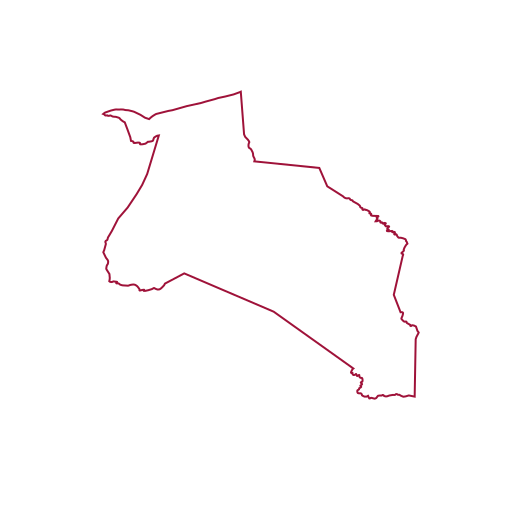 San Francisco del Valle, Ocotepeque, Honduras, rotated 70°
{"feature_id": "27666195B97087706022026", "entity_name": "San Francisco del Valle", "entity_type": "district", "adm_level": 2, "iso_a3": "HND", "parent_name": "Honduras", "parent_adm1": "Ocotepeque", "projection": "equal_earth", "projection_center": [-88.98, 14.422], "detail": "fine", "context": "isolated", "style": "outline", "palette": "rose", "viewbox_px": 512, "rotation_deg": 70, "n_neighbors": 0, "source": "geoboundaries", "source_scale": "gbopen_adm2", "svg_char_len": 6087}
<svg xmlns="http://www.w3.org/2000/svg" viewBox="0 0 512 512"><g transform="rotate(70 256 256)"><path d="M96.4,214.1L96.5,215.2L96.5,221.8L95.6,230.5L94.6,237.5L94.5,241.0L93.7,250.3L93.4,255.4L91.5,269.6L90.4,284.7L89.7,288.7L88.4,301.2L88.6,302.6L89.2,305.4L90.0,307.8L90.8,309.6L88.1,313.0L83.8,316.3L78.8,321.2L77.8,322.5L75.4,326.1L74.2,328.8L73.0,330.6L72.4,332.0L71.2,335.5L70.5,337.2L70.2,338.3L70.0,339.8L69.7,342.6L69.6,348.7L69.8,349.5L70.3,351.0L70.4,350.9L70.5,350.4L70.7,350.2L71.8,349.9L72.4,349.5L73.1,347.5L73.6,347.2L73.8,346.8L74.0,346.0L74.1,345.1L74.2,344.6L75.9,343.0L76.5,341.9L77.3,340.1L79.1,337.7L79.8,337.1L81.3,336.6L83.0,335.6L84.3,334.7L85.5,333.6L93.5,333.5L101.4,333.5L105.1,334.1L105.6,333.2L106.4,332.3L106.9,332.1L107.6,332.3L108.0,332.1L108.4,331.1L109.0,328.3L109.6,326.8L109.8,326.6L110.2,326.4L110.8,326.7L111.1,326.7L111.4,326.6L111.6,326.3L112.2,324.4L112.6,321.6L112.6,321.3L111.7,318.4L112.0,317.7L112.5,314.9L112.5,313.7L112.0,313.0L110.9,312.2L109.9,311.3L109.4,309.4L109.2,307.7L109.5,306.1L141.7,330.2L150.3,338.7L157.1,347.1L166.6,360.1L173.6,372.6L183.1,382.8L185.9,386.2L188.0,388.8L189.8,390.0L190.2,390.7L190.4,391.9L190.8,392.5L191.4,392.8L192.6,392.8L193.4,393.0L198.5,396.6L200.0,398.0L200.3,398.2L206.3,397.6L208.8,396.8L210.2,396.7L211.1,397.0L212.1,397.5L212.8,398.0L213.7,399.2L214.4,399.8L215.6,400.5L216.8,401.1L217.8,401.0L222.8,399.9L226.6,400.9L228.1,401.6L229.5,402.5L230.3,402.0L230.9,401.1L231.2,400.2L231.1,399.0L231.1,398.7L232.6,395.7L232.8,395.5L233.0,395.6L233.1,395.8L233.2,396.3L233.4,396.5L233.7,396.6L233.9,396.5L234.2,396.1L234.4,395.1L234.7,394.6L235.2,394.2L236.4,393.5L237.3,392.4L238.0,391.3L240.1,386.5L240.2,385.9L240.2,384.1L240.5,382.3L240.9,380.8L241.5,379.8L242.1,379.1L242.7,378.7L243.7,378.0L244.7,377.6L247.1,376.9L247.7,376.9L248.4,377.2L248.7,377.0L248.8,376.6L249.0,374.5L249.4,372.8L249.5,372.7L249.8,372.8L249.9,373.4L250.3,373.4L250.6,372.8L250.9,371.9L251.3,368.9L251.5,365.2L251.4,364.4L251.2,363.3L251.2,362.8L251.5,362.4L252.4,361.7L253.5,360.4L253.9,359.8L254.1,359.1L254.3,358.3L254.2,357.3L253.9,356.2L253.2,354.6L252.1,352.4L250.8,351.0L247.8,329.4L314.4,258.4L395.0,203.0L395.3,203.9L396.8,205.6L397.8,206.5L398.4,206.5L398.7,206.2L398.8,205.6L398.9,205.4L399.7,205.6L400.3,205.6L400.8,205.4L401.2,205.0L401.4,204.5L401.4,204.0L401.4,203.1L401.1,202.5L401.2,202.3L403.2,202.1L403.4,201.9L403.4,201.7L403.1,200.9L403.1,199.8L403.3,199.7L404.3,200.0L405.5,200.0L406.3,199.3L406.8,198.2L407.6,198.0L409.1,198.3L410.1,198.8L410.4,199.1L410.4,200.0L410.7,200.7L411.4,200.7L412.3,200.2L412.7,200.2L413.0,200.5L413.5,202.2L414.2,202.3L414.7,201.9L415.0,202.0L415.4,202.9L415.5,204.0L415.6,204.3L416.5,204.8L416.7,205.3L416.8,206.1L416.9,206.5L417.3,206.9L417.8,207.1L418.7,207.3L419.5,207.2L420.1,206.5L420.4,205.8L420.7,204.9L421.0,204.4L422.1,203.9L423.2,204.0L424.0,203.4L425.2,202.2L426.0,200.0L425.7,198.8L425.7,198.5L427.9,198.4L428.6,198.2L428.8,197.7L428.6,196.7L428.8,196.0L430.6,193.4L430.7,192.5L430.6,191.6L429.2,189.4L429.1,189.0L429.4,187.6L430.0,186.0L430.1,185.5L429.9,184.7L430.1,184.2L430.4,183.8L431.0,183.7L431.4,183.4L432.1,182.5L432.5,181.6L432.7,180.6L432.7,178.4L433.1,176.2L433.3,175.0L434.0,173.2L434.0,172.6L433.7,171.8L433.8,171.2L434.1,170.7L434.6,170.4L434.9,170.1L435.1,169.7L435.3,169.1L435.5,168.7L436.9,167.6L438.6,165.7L438.8,164.9L439.1,163.4L439.2,161.8L439.3,160.1L442.4,155.0L388.8,134.4L386.9,132.9L384.1,129.8L383.5,129.3L381.6,129.9L377.0,129.8L375.5,131.2L374.6,132.6L374.5,133.2L374.8,134.1L374.8,134.4L374.6,134.6L374.3,134.8L373.8,134.5L373.5,134.6L370.7,137.0L370.3,137.2L369.5,137.1L369.1,137.2L368.8,137.7L368.6,138.7L368.3,139.2L367.0,140.0L365.0,140.8L364.6,140.8L364.2,140.6L362.3,138.8L360.7,137.7L359.8,137.3L359.3,137.4L358.8,137.9L358.5,138.6L358.3,139.4L339.6,139.8L306.1,118.1L305.3,117.4L304.9,117.2L304.5,117.3L304.0,117.6L303.5,118.3L303.0,118.3L302.7,117.9L302.2,116.5L301.6,115.3L301.3,115.1L300.7,115.1L300.4,114.9L298.9,113.6L297.2,111.5L296.6,110.5L296.2,109.5L294.4,109.5L293.1,109.9L292.7,109.7L292.2,109.7L291.3,109.9L289.7,111.7L288.6,113.3L288.1,114.3L287.7,115.5L287.3,115.9L285.6,116.5L284.2,116.5L283.7,116.7L283.4,117.0L283.5,117.7L283.4,118.1L283.2,118.4L282.9,118.6L282.6,118.6L282.3,118.4L281.9,117.7L281.6,117.5L281.2,117.4L280.8,117.6L280.6,118.1L280.5,119.1L280.3,119.6L280.1,119.8L279.8,119.8L279.2,119.4L279.0,119.6L278.2,122.7L277.7,123.8L277.4,124.3L277.0,124.3L276.8,124.0L276.8,123.6L277.1,123.0L276.9,122.5L276.7,122.3L276.4,122.4L276.2,122.6L276.1,123.1L276.0,123.3L275.8,123.4L275.4,123.4L274.8,122.9L274.4,122.4L274.2,121.9L274.1,121.1L273.9,120.9L273.5,121.0L273.2,121.5L272.8,122.7L272.6,123.7L272.3,123.9L271.2,124.3L270.4,124.4L270.1,124.1L270.1,123.4L270.0,123.1L269.7,122.9L269.4,123.1L269.0,123.6L268.9,123.9L268.9,124.4L269.2,125.1L269.1,125.5L268.6,125.9L268.0,125.7L267.7,125.9L267.4,126.4L267.4,127.2L267.2,127.5L266.7,127.6L266.2,127.3L265.9,127.3L265.3,127.6L264.9,128.1L264.6,128.9L264.7,130.5L264.3,131.7L264.1,131.5L263.2,130.2L262.4,129.1L262.0,129.1L261.4,129.5L260.8,129.3L260.7,129.0L260.6,128.7L260.8,128.0L260.8,127.7L260.5,127.4L260.2,127.5L258.3,132.3L257.8,133.2L257.3,133.9L256.9,134.0L256.3,133.5L255.8,133.4L255.3,133.7L255.0,134.5L254.7,134.8L254.3,134.7L253.9,134.1L253.6,134.0L253.1,134.2L252.4,134.6L250.9,136.0L250.5,136.4L250.1,137.3L249.4,137.8L249.3,138.3L249.4,139.3L249.3,139.6L249.1,139.9L248.7,140.1L247.9,139.7L247.4,139.7L247.0,140.1L246.5,140.8L246.1,141.1L245.6,141.3L244.7,141.2L244.1,141.3L241.9,142.6L237.9,146.1L237.5,146.3L236.9,146.3L236.5,146.6L235.9,147.6L235.5,148.0L235.0,148.2L234.2,148.3L233.8,148.6L233.4,149.1L233.1,150.4L232.8,151.2L232.2,152.1L231.5,152.8L230.6,153.4L229.7,153.8L214.9,165.2L194.9,166.4L166.5,225.2L165.4,224.4L164.6,224.1L163.7,224.1L161.5,224.4L160.6,224.3L158.8,223.8L157.3,223.7L154.2,224.1L153.3,224.5L152.0,225.5L151.5,225.6L150.9,225.6L150.2,225.5L148.9,225.0L147.9,224.4L146.8,223.4L146.0,223.3L144.0,223.8L140.4,225.4L139.2,225.5L137.6,225.6L96.4,214.1Z" fill="none" stroke="#9f1239" stroke-width="2"/></g></svg>